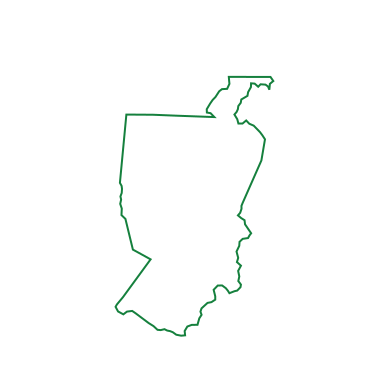 the district of Quebrangulo, Alagoas, Brazil, rotated 134°
{"feature_id": "56859067B65057144829282", "entity_name": "Quebrangulo", "entity_type": "district", "adm_level": 2, "iso_a3": "BRA", "parent_name": "Brazil", "parent_adm1": "Alagoas", "projection": "robinson", "projection_center": [-36.476, -9.309], "detail": "fine", "context": "isolated", "style": "outline", "palette": "green", "viewbox_px": 384, "rotation_deg": 134, "n_neighbors": 0, "source": "geoboundaries", "source_scale": "gbopen_adm2", "svg_char_len": 1606}
<svg xmlns="http://www.w3.org/2000/svg" viewBox="0 0 384 384"><g transform="rotate(134 192 192)"><path d="M54.7,215.5L66.3,227.5L83.6,245.5L85.9,242.9L88.2,240.2L93.4,238.4L97.2,241.9L100.7,242.4L107.4,241.1L111.4,241.1L115.7,240.4L122.2,238.9L124.5,236.5L122.4,233.4L122.6,228.0L141.9,249.5L147.2,255.4L163.5,273.7L181.9,293.0L235.5,250.2L236.5,246.9L238.4,244.5L241.5,241.9L244.9,240.4L246.7,237.7L250.4,235.4L252.7,231.0L257.6,226.7L257.6,221.2L274.5,194.5L269.2,175.0L315.7,168.6L325.1,167.9L327.7,167.2L329.3,162.2L327.7,156.4L323.2,155.7L319.1,152.4L318.4,148.2L316.4,132.2L315.2,126.5L315.1,121.1L313.1,118.6L309.8,116.5L308.9,113.6L307.3,111.1L306.2,108.4L305.6,104.2L302.9,100.0L299.9,97.4L297.1,100.7L292.0,101.9L287.8,99.9L283.7,95.8L277.8,99.0L273.7,99.8L272.2,102.8L269.1,104.3L261.0,103.8L257.7,101.5L253.3,100.5L250.9,102.8L247.3,108.5L241.4,108.5L238.3,105.4L237.7,100.9L238.1,97.6L238.8,94.8L233.8,92.5L231.5,91.0L226.8,91.0L224.6,92.5L223.9,96.8L219.9,99.3L216.7,104.0L211.0,105.6L211.2,111.0L207.3,113.0L203.9,118.6L197.9,120.6L194.8,123.2L190.5,123.0L186.2,119.7L183.2,120.5L180.6,120.8L179.7,125.2L178.4,131.4L175.8,134.6L176.6,138.5L176.9,142.7L173.5,142.9L169.7,144.7L167.6,146.8L164.6,148.0L121.1,164.0L103.4,176.1L102.3,180.9L101.7,184.7L101.4,193.7L103.1,198.2L102.9,202.7L107.6,203.2L110.5,206.2L108.2,210.0L106.8,215.3L103.5,215.5L100.6,216.5L98.0,218.4L94.0,218.9L91.2,220.8L84.3,218.9L81.2,221.0L75.6,222.5L72.8,225.0L70.5,222.2L70.3,217.5L66.9,217.5L63.7,213.7L63.3,210.6L64.7,207.4L60.1,211.1L55.7,210.6L54.7,215.5Z" fill="none" stroke="#15803d" stroke-width="2"/></g></svg>